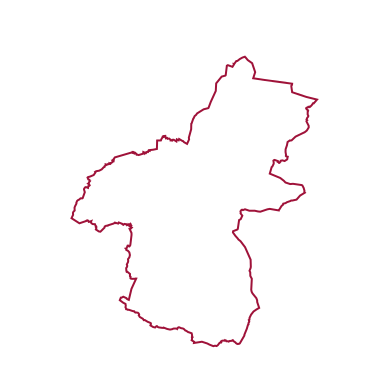 the district of Zinapécuaro, Michoacán, Mexico, rotated 106°
{"feature_id": "50627088B67207882372338", "entity_name": "Zinapécuaro", "entity_type": "district", "adm_level": 2, "iso_a3": "MEX", "parent_name": "Mexico", "parent_adm1": "Michoacán", "projection": "natural_earth1", "projection_center": [-100.761, 19.856], "detail": "fine", "context": "isolated", "style": "outline", "palette": "rose", "viewbox_px": 384, "rotation_deg": 106, "n_neighbors": 0, "source": "geoboundaries", "source_scale": "gbopen_adm2", "svg_char_len": 6060}
<svg xmlns="http://www.w3.org/2000/svg" viewBox="0 0 384 384"><g transform="rotate(106 192 192)"><path d="M60.3,125.6L64.3,153.0L65.8,164.5L59.4,164.3L51.6,169.7L49.8,174.8L47.8,177.7L47.8,178.0L47.4,178.5L48.9,180.6L51.0,182.7L53.5,184.5L53.9,185.5L57.2,186.7L57.3,187.2L57.8,186.8L60.5,187.6L60.2,192.5L61.0,193.3L70.4,191.8L70.9,192.0L72.9,195.3L80.9,198.7L88.3,197.0L100.2,198.8L106.5,199.3L106.9,199.5L109.3,203.6L115.1,208.8L116.7,209.3L118.3,210.4L120.9,210.8L121.1,211.0L126.4,211.3L126.6,211.5L131.9,210.1L140.7,210.0L142.2,209.3L147.1,210.0L146.3,213.4L145.5,214.7L145.6,215.2L144.6,219.0L146.0,219.1L145.6,221.1L147.7,220.9L146.8,224.0L147.2,225.1L148.0,225.1L148.3,226.7L147.8,226.7L146.9,228.8L147.6,230.1L146.9,230.8L147.6,231.9L145.4,233.1L146.0,234.6L146.6,234.1L147.0,235.2L147.3,235.0L147.5,235.4L149.6,236.0L151.0,236.1L152.1,239.7L160.3,237.6L162.1,241.1L163.5,244.6L164.2,244.2L164.3,245.2L165.6,245.3L165.6,246.0L166.3,246.9L166.4,246.5L167.2,246.9L167.1,247.2L167.5,247.5L167.3,248.1L167.8,248.2L167.2,248.8L167.0,249.8L168.6,249.5L171.2,253.5L171.2,255.1L171.4,255.5L170.5,256.1L170.6,257.1L170.3,257.3L170.5,257.5L170.0,257.7L169.8,259.0L170.8,259.0L170.8,259.6L169.9,259.3L169.9,260.3L170.7,260.4L170.7,261.0L180.0,275.7L182.0,276.4L182.5,276.0L183.1,276.0L183.2,276.5L183.9,276.1L184.0,277.0L184.7,276.4L186.2,277.5L186.6,278.3L186.9,278.1L187.4,278.2L187.3,278.9L187.6,278.7L188.4,280.1L188.3,280.5L189.1,281.1L189.2,282.6L189.9,282.3L190.0,282.6L190.7,282.7L191.4,283.2L192.0,283.0L192.7,283.8L195.1,285.0L197.1,287.1L198.4,289.8L199.4,290.7L199.9,290.2L202.8,291.2L205.3,294.3L206.3,296.0L206.9,296.4L208.3,295.3L208.5,295.1L208.5,294.0L209.0,293.6L209.9,293.5L209.9,293.2L211.1,293.7L211.9,293.6L212.6,294.2L213.1,292.9L213.8,292.2L214.5,292.6L215.0,293.3L216.7,293.1L216.5,295.3L217.0,296.0L218.5,296.6L219.4,296.5L221.7,295.0L228.0,295.4L228.5,295.9L228.6,297.0L229.1,297.6L230.2,298.2L231.3,299.4L232.3,300.0L234.3,300.2L235.0,299.9L238.0,300.5L239.4,300.6L242.2,299.7L243.5,300.5L244.9,300.7L246.7,300.0L250.4,300.6L253.1,291.6L248.5,284.9L248.4,285.3L248.3,285.2L248.0,284.5L248.3,283.7L249.2,283.0L249.1,282.7L247.7,280.8L248.6,280.9L249.3,280.6L249.8,279.9L250.2,278.6L249.7,276.4L250.8,275.6L251.5,274.5L252.0,274.4L252.3,274.7L252.9,274.0L254.5,274.1L255.6,270.6L255.4,269.1L250.4,266.3L249.2,266.4L248.1,265.2L247.6,263.7L247.2,263.6L243.9,258.6L242.7,257.7L243.0,257.1L242.7,256.7L242.7,254.3L241.5,254.0L241.8,250.4L242.0,250.4L242.5,249.0L241.3,248.1L241.2,246.5L241.5,246.0L241.2,246.0L241.5,244.9L241.5,244.5L240.6,244.4L240.9,243.5L239.5,242.5L240.0,241.9L240.8,241.9L241.1,241.2L242.4,242.1L242.8,240.1L244.6,241.1L244.8,241.7L248.0,238.9L249.9,238.3L259.2,236.8L260.4,236.7L261.6,237.2L261.6,238.0L261.1,238.7L261.3,239.1L264.3,239.4L264.6,240.0L264.9,239.5L265.8,239.2L266.2,237.3L267.3,235.6L269.7,234.3L272.1,234.2L274.2,235.0L275.9,234.3L277.1,234.2L279.6,234.7L280.6,234.0L281.7,233.8L283.3,234.3L285.8,233.4L286.7,232.8L286.4,232.4L287.9,229.0L289.9,228.5L290.2,228.3L290.4,227.7L291.9,227.4L292.1,227.0L292.0,225.7L291.3,223.3L290.7,222.3L290.6,221.8L301.8,223.5L313.1,223.0L312.9,224.5L312.5,225.5L312.1,225.8L311.6,229.2L313.0,230.6L313.2,231.3L315.9,231.6L317.4,227.6L317.9,225.1L319.6,224.3L321.1,224.2L322.2,223.2L322.8,223.0L322.7,221.4L322.9,221.2L322.6,220.1L322.8,216.3L322.6,214.6L323.1,214.2L323.5,213.2L323.2,212.5L323.0,210.7L323.5,209.7L324.4,209.0L325.2,209.2L326.5,207.8L327.4,204.3L328.5,203.0L328.1,202.1L329.0,198.8L329.2,196.6L329.5,195.4L330.2,195.1L331.7,195.2L332.5,192.1L332.4,190.1L330.8,189.2L330.6,188.7L331.2,187.7L331.3,186.6L330.8,183.1L330.4,181.6L330.2,181.6L330.5,178.1L330.3,175.2L329.3,173.2L328.4,172.2L327.5,169.2L327.8,168.5L326.3,168.1L325.8,167.7L325.6,166.9L325.9,165.0L325.7,163.1L326.0,161.9L327.0,160.2L327.0,159.3L327.8,156.9L327.7,156.5L327.9,153.4L329.7,152.4L330.6,152.3L331.3,151.5L331.9,152.0L333.3,151.4L334.6,151.5L335.4,148.6L336.6,148.5L333.2,141.2L333.4,135.5L333.9,133.1L334.3,129.0L333.4,127.5L333.3,125.9L332.2,125.0L329.4,123.9L329.0,123.4L328.8,122.6L328.3,122.4L327.6,122.9L326.7,122.1L326.2,121.0L325.9,119.7L325.6,119.6L325.8,119.3L325.3,118.7L326.0,117.8L325.5,116.1L325.7,115.5L324.8,114.7L324.3,113.2L323.3,112.1L323.6,111.8L323.4,111.5L324.0,110.8L324.6,108.8L325.1,108.2L325.5,107.0L325.5,106.1L325.2,105.8L325.1,105.1L324.3,104.3L315.6,102.1L314.8,102.3L308.2,101.6L305.1,101.6L304.0,101.5L303.7,101.2L302.5,101.6L300.9,101.2L299.4,102.1L298.9,101.6L297.1,102.0L293.6,101.4L289.9,99.9L287.2,97.7L284.9,95.5L279.8,99.0L278.2,99.5L276.3,100.9L272.8,105.9L271.4,107.2L269.7,108.1L258.9,110.6L256.6,112.8L253.1,113.9L251.9,115.0L248.7,114.7L247.5,114.9L240.9,117.0L230.4,125.8L225.9,131.8L224.8,134.4L224.1,135.2L222.2,138.2L219.6,141.5L218.4,141.7L215.5,138.0L214.8,137.8L206.0,139.0L204.7,137.7L200.9,137.1L199.2,139.4L198.3,139.5L197.2,140.1L195.8,139.6L195.2,139.0L195.4,138.1L194.0,136.3L194.2,131.7L192.7,126.4L192.5,123.1L192.1,120.9L187.9,114.8L186.8,112.6L185.8,103.5L185.2,103.6L184.7,103.2L180.8,102.1L179.1,101.0L178.1,101.1L176.9,99.0L175.7,98.0L173.5,94.9L172.9,94.4L172.5,93.1L170.5,89.4L165.6,87.1L161.5,83.3L161.0,84.0L159.7,84.3L157.3,85.8L155.3,87.7L155.1,88.5L156.3,97.2L157.3,99.8L157.1,104.8L155.9,106.8L154.2,111.0L152.9,122.3L146.1,122.3L145.4,121.8L142.6,121.3L141.6,121.4L139.4,122.4L138.8,122.0L138.4,121.4L138.6,118.0L139.4,117.9L139.4,117.0L140.0,116.5L139.9,116.0L138.4,115.3L137.5,115.4L136.7,113.9L136.7,111.5L134.4,109.5L131.7,109.7L131.8,111.1L131.5,111.7L130.3,111.9L127.8,113.1L125.1,113.8L120.9,113.6L117.6,113.9L115.4,112.1L115.4,111.4L114.9,110.5L110.2,107.7L103.3,100.0L101.3,98.6L100.0,98.2L97.8,97.6L96.2,98.1L92.5,101.5L91.6,101.4L91.2,101.1L90.7,101.9L89.0,101.7L87.5,101.1L86.7,101.2L85.6,102.2L83.4,102.8L82.1,102.8L82.1,103.1L81.4,103.2L80.8,104.7L80.0,105.4L79.4,105.1L78.7,104.0L78.2,103.8L78.2,103.0L77.6,102.8L77.7,102.1L75.9,101.0L73.2,100.0L73.2,99.4L68.7,97.3L69.1,108.3L68.5,123.2L63.2,125.6L62.3,125.8L61.5,125.4L60.3,125.6Z" fill="none" stroke="#9f1239" stroke-width="2"/></g></svg>